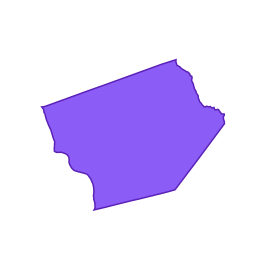 outline of Brejo, Maranhão, Brazil, rotated 134°
{"feature_id": "56859067B28749086860220", "entity_name": "Brejo", "entity_type": "district", "adm_level": 2, "iso_a3": "BRA", "parent_name": "Brazil", "parent_adm1": "Maranhão", "projection": "mercator", "projection_center": [-42.859, -3.707], "detail": "fine", "context": "isolated", "style": "filled", "palette": "violet", "viewbox_px": 256, "rotation_deg": 134, "n_neighbors": 0, "source": "geoboundaries", "source_scale": "gbopen_adm2", "svg_char_len": 1497}
<svg xmlns="http://www.w3.org/2000/svg" viewBox="0 0 256 256"><g transform="rotate(134 128 128)"><path d="M45.5,140.9L58.6,148.0L100.5,168.5L112.4,174.3L117.2,176.7L119.2,177.7L120.8,178.5L132.7,184.4L137.5,186.7L144.4,190.1L166.1,200.7L170.7,203.0L172.8,204.7L173.3,201.4L175.1,199.4L175.4,197.9L178.5,192.8L181.3,186.7L183.0,182.1L187.2,174.7L188.7,171.3L192.6,167.9L194.3,166.5L195.9,164.7L195.2,162.5L194.0,161.3L191.6,158.9L189.9,155.1L189.5,153.5L189.7,151.8L190.2,150.0L191.8,148.2L193.3,147.0L194.6,145.1L195.9,140.9L196.0,137.5L194.8,134.8L190.8,127.8L189.8,125.8L189.7,124.2L190.0,122.4L190.4,120.0L192.5,114.6L193.8,112.6L195.7,110.1L199.0,106.9L200.5,106.1L201.9,104.2L203.0,103.2L204.8,100.0L207.8,96.7L209.1,95.9L210.5,95.5L200.5,89.1L191.9,83.8L177.7,74.9L171.3,70.7L146.9,55.4L139.8,51.3L101.7,55.9L58.0,61.6L57.1,62.5L56.3,63.4L55.8,64.6L54.8,66.1L53.4,67.3L52.0,67.6L51.1,68.5L52.0,69.5L52.8,70.4L52.7,71.7L52.4,73.4L52.0,74.9L52.1,76.4L53.3,76.9L54.5,77.8L54.1,79.2L53.5,80.5L54.9,81.1L55.5,82.3L55.3,83.6L56.8,84.7L57.7,86.6L59.6,87.2L59.8,88.7L59.8,90.6L59.3,92.9L59.3,94.7L58.5,96.2L57.5,98.4L56.1,99.9L55.7,101.3L55.4,103.2L54.6,104.2L54.1,105.6L53.6,107.6L52.8,108.6L52.2,109.8L51.6,110.8L50.7,112.3L50.3,113.7L49.4,115.6L47.7,116.5L46.5,118.0L47.1,119.8L46.3,120.7L46.1,122.5L46.2,124.0L46.9,125.1L47.1,126.6L47.6,128.3L48.0,130.2L48.1,131.7L48.0,133.5L48.5,134.9L48.8,136.5L48.0,138.0L46.9,139.8L45.5,140.9Z" fill="#8b5cf6" stroke="#5b21b6" stroke-width="1.5"/></g></svg>